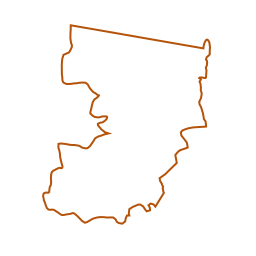 Lukula, Bas-Congo, Democratic Republic of the Congo, rotated 100°
{"feature_id": "63176286B65126745094635", "entity_name": "Lukula", "entity_type": "district", "adm_level": 2, "iso_a3": "COD", "parent_name": "Democratic Republic of the Congo", "parent_adm1": "Bas-Congo", "projection": "albers", "projection_center": [12.873, -5.386], "detail": "fine", "context": "isolated", "style": "outline", "palette": "amber", "viewbox_px": 256, "rotation_deg": 100, "n_neighbors": 0, "source": "geoboundaries", "source_scale": "gbopen_adm2", "svg_char_len": 3242}
<svg xmlns="http://www.w3.org/2000/svg" viewBox="0 0 256 256"><g transform="rotate(100 128 128)"><path d="M213.9,111.5L211.8,112.4L207.7,112.6L204.9,109.6L201.7,104.7L201.3,102.6L202.5,99.6L205.4,96.8L206.8,95.1L205.2,92.0L202.8,92.6L200.5,94.4L198.5,92.6L198.9,89.4L200.7,87.4L185.7,81.4L185.6,81.5L184.3,82.3L183.4,82.5L182.5,82.7L181.8,83.3L181.6,83.3L179.5,83.3L178.9,83.9L178.0,84.7L177.3,84.9L177.1,84.9L176.6,85.4L174.7,87.1L172.0,88.2L166.8,83.1L162.9,80.4L153.9,73.9L146.4,76.7L144.4,75.6L143.4,75.0L142.5,74.4L141.9,73.8L140.8,72.8L138.4,68.4L136.9,65.8L134.3,66.7L132.2,67.5L130.0,69.8L128.0,72.0L126.2,74.1L123.3,75.2L121.3,74.3L119.5,71.7L117.9,68.7L116.3,64.5L115.9,63.1L114.3,56.6L113.7,53.9L113.0,51.3L111.2,51.8L107.9,52.8L107.0,53.8L106.1,54.8L104.8,55.2L101.8,56.3L101.3,56.5L100.4,56.8L98.0,58.0L94.7,59.7L92.6,61.4L92.1,61.7L89.8,62.4L85.9,61.3L83.4,61.3L81.1,61.4L77.9,63.0L76.3,63.1L75.5,63.2L75.0,63.4L71.8,64.3L70.8,65.0L69.8,65.6L67.6,64.6L67.0,64.8L66.9,65.4L66.6,66.5L65.9,66.3L65.4,64.3L65.4,60.6L64.6,60.0L57.6,60.7L55.2,61.8L52.4,61.2L49.4,61.5L48.3,61.8L47.0,63.1L45.3,62.9L44.6,62.8L44.3,62.5L41.9,60.6L41.3,60.4L40.7,60.2L40.5,60.3L40.4,60.4L40.0,60.6L37.5,60.9L36.3,61.1L34.5,61.2L31.7,62.1L29.9,62.6L27.7,64.2L27.2,65.4L27.8,66.4L29.9,67.2L32.6,67.7L35.2,67.7L36.5,67.6L36.8,202.2L38.5,202.0L40.2,201.6L44.8,201.1L47.7,200.6L49.3,200.4L51.3,199.8L54.3,198.8L56.1,197.6L58.0,197.4L59.4,197.7L62.4,198.6L64.0,199.4L65.0,201.0L66.0,202.5L67.1,204.2L70.9,204.7L73.7,204.6L77.9,204.1L79.3,203.8L84.2,202.9L87.2,202.3L90.1,201.3L92.1,201.0L94.2,199.8L94.9,198.2L95.3,196.0L95.1,194.7L94.5,192.0L93.4,188.7L92.8,186.2L91.8,183.4L91.4,181.8L90.9,179.1L90.8,177.8L91.6,176.0L92.4,174.9L93.6,174.0L95.4,172.5L96.6,171.1L98.0,169.4L98.7,168.3L99.4,166.2L100.5,164.2L101.0,162.3L101.9,162.6L104.2,164.5L105.6,166.0L108.4,167.1L112.8,167.5L114.6,167.5L118.2,167.8L120.1,167.7L121.2,166.3L122.1,164.8L122.9,162.5L122.8,160.7L122.8,159.4L122.3,157.7L121.1,155.4L120.7,153.3L120.4,151.9L120.4,150.9L120.9,150.4L122.8,150.6L124.8,151.9L126.7,153.9L127.8,156.6L129.1,158.4L130.5,158.1L132.2,156.1L133.9,154.1L135.0,152.1L136.2,149.8L136.7,146.2L137.8,148.8L138.6,150.5L140.3,153.3L141.5,155.8L143.9,158.6L147.7,160.1L152.5,162.3L154.9,164.4L155.4,166.0L155.3,169.7L154.0,172.8L154.0,174.9L154.0,177.6L154.6,181.3L154.6,185.0L154.6,186.9L154.9,191.4L155.7,193.7L159.3,193.2L162.2,191.7L164.8,190.7L168.9,189.6L171.6,188.4L174.5,187.2L176.9,185.9L178.5,185.8L179.1,186.4L179.1,188.5L180.2,190.5L181.4,192.0L183.0,194.1L184.7,195.4L187.6,195.6L189.5,195.4L191.7,195.0L194.4,194.3L197.6,194.1L199.8,194.8L202.5,194.7L204.7,194.5L205.6,195.3L205.8,197.6L206.9,199.5L207.9,199.8L210.1,199.7L211.9,198.9L213.7,198.3L216.7,196.4L218.4,195.6L221.0,193.9L222.1,192.2L222.1,190.5L221.5,188.4L221.5,186.7L223.7,181.5L224.6,179.8L225.2,177.9L224.8,176.2L223.7,173.3L222.4,169.4L221.5,168.1L221.3,166.6L222.8,163.7L224.3,161.4L226.5,158.5L227.6,156.9L228.8,153.9L227.5,151.6L226.0,149.9L223.4,146.8L221.7,143.4L220.6,140.2L220.0,136.4L219.8,132.8L219.1,129.8L218.7,127.0L220.2,124.3L222.4,122.7L223.2,120.6L223.2,117.0L220.6,114.6L217.4,114.5L216.9,114.5L214.4,113.8L213.9,111.5Z" fill="none" stroke="#b45309" stroke-width="2"/></g></svg>